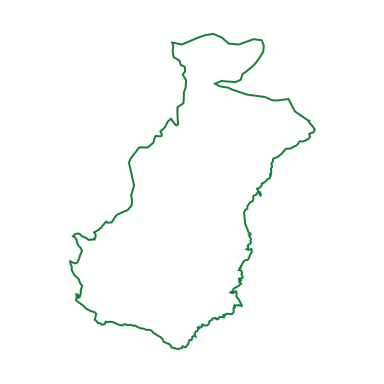 the district of Agios Ioannis Pafou, Paphos, Cyprus, rotated 353°
{"feature_id": "46923920B69551909873956", "entity_name": "Agios Ioannis Pafou", "entity_type": "district", "adm_level": 2, "iso_a3": "CYP", "parent_name": "Cyprus", "parent_adm1": "Paphos", "projection": "robinson", "projection_center": [32.691, 34.877], "detail": "fine", "context": "isolated", "style": "outline", "palette": "green", "viewbox_px": 384, "rotation_deg": 353, "n_neighbors": 0, "source": "geoboundaries", "source_scale": "gbopen_adm2", "svg_char_len": 5303}
<svg xmlns="http://www.w3.org/2000/svg" viewBox="0 0 384 384"><g transform="rotate(353 192 192)"><path d="M180.1,116.7L176.5,119.2L174.4,122.5L173.0,124.5L168.0,128.2L169.0,130.7L168.8,132.5L167.8,132.9L165.8,132.6L162.9,131.9L161.6,133.5L159.7,138.3L153.7,142.3L152.3,142.4L148.5,141.7L145.7,141.3L144.7,141.7L142.1,144.3L135.2,151.3L133.0,155.0L134.4,169.3L135.3,178.6L134.0,181.5L131.0,188.3L131.3,189.0L131.4,189.8L131.3,193.1L131.3,194.0L130.8,196.5L130.1,198.4L128.4,199.7L126.8,201.5L125.4,202.3L122.4,203.1L119.4,204.0L115.5,205.2L114.1,205.9L112.1,208.0L110.1,210.6L108.4,212.4L106.5,212.3L104.0,212.1L103.3,211.4L103.3,211.1L101.9,211.8L101.1,212.8L98.6,215.0L97.6,216.5L95.2,217.5L95.0,218.1L90.0,220.1L91.1,222.6L90.8,225.2L89.4,226.1L89.6,227.2L84.8,226.9L83.5,227.0L81.1,224.5L77.9,222.7L77.3,222.3L75.2,219.8L73.7,219.3L70.8,219.6L68.5,221.4L70.4,222.8L71.0,224.7L71.8,225.6L71.5,227.2L72.0,228.0L71.9,229.3L73.0,231.9L74.3,233.2L75.7,236.5L74.3,239.3L72.8,241.9L72.3,243.5L69.6,248.1L66.9,248.5L62.6,246.0L62.6,249.1L63.6,251.0L63.1,254.7L65.0,259.9L68.9,264.6L70.0,269.3L71.5,271.7L69.6,276.1L69.2,279.2L67.6,282.9L66.5,283.0L66.9,281.7L66.2,279.8L65.0,279.6L64.7,279.5L64.8,282.0L64.2,283.9L63.6,285.2L67.1,288.6L70.5,291.8L72.5,294.8L76.8,297.7L80.8,299.5L82.1,301.3L79.9,307.1L80.6,307.7L81.7,308.7L82.6,310.6L84.8,311.0L86.6,312.8L89.1,312.5L90.6,310.2L92.6,310.9L95.1,310.7L97.7,311.6L99.8,312.8L103.2,314.9L106.5,316.0L109.3,314.9L111.7,316.3L115.3,316.5L117.8,317.7L119.4,317.6L121.4,319.3L124.3,321.0L127.1,321.7L129.8,323.2L132.9,323.6L134.8,324.5L136.4,327.1L138.3,328.3L140.6,330.5L142.0,331.5L143.0,332.0L143.7,333.1L144.7,334.1L145.5,337.1L151.2,340.4L152.6,342.6L152.6,343.7L159.1,346.3L161.8,345.7L162.8,345.7L163.5,344.1L164.6,344.3L165.5,345.0L166.7,345.4L167.3,344.9L167.9,343.9L168.5,343.4L169.5,342.9L171.2,338.9L172.1,338.6L173.4,339.1L174.7,336.0L174.7,335.7L176.5,335.1L177.2,335.1L177.8,335.6L177.6,334.5L177.4,333.0L177.8,332.1L179.1,330.8L180.0,330.8L181.8,328.6L181.2,327.3L182.2,326.7L182.7,328.0L185.5,326.7L185.3,325.4L186.5,324.8L188.5,326.1L191.0,326.2L192.9,324.6L193.3,322.6L195.8,321.5L195.7,321.3L197.0,320.1L197.9,320.2L200.0,319.8L200.8,320.5L200.6,320.9L201.6,321.6L203.1,320.8L203.7,319.6L204.0,319.6L205.5,319.4L206.4,319.7L206.9,320.2L208.2,320.3L208.6,320.1L208.8,319.4L208.1,317.9L209.0,317.8L209.6,318.5L210.9,317.4L211.2,317.2L211.8,317.0L213.7,317.5L215.2,317.9L217.0,317.9L218.3,316.8L218.9,315.6L219.0,314.1L218.8,313.0L219.4,312.7L219.9,312.4L220.6,311.6L220.7,311.0L219.7,310.7L220.4,309.5L221.5,310.0L222.5,310.1L223.3,310.0L224.4,310.3L224.6,310.0L227.4,311.2L227.5,310.1L226.0,306.3L225.8,305.5L225.0,303.8L223.4,301.5L223.9,298.1L223.9,297.2L223.3,295.8L220.8,297.2L219.0,297.0L218.0,296.3L220.2,295.5L221.6,293.0L226.2,291.0L229.6,289.2L229.4,288.5L229.0,288.3L228.8,287.8L228.0,287.5L228.1,286.2L228.8,286.2L229.6,285.7L228.3,285.0L228.0,284.6L228.0,283.8L228.4,283.5L229.7,283.9L231.5,283.6L232.0,282.3L231.5,281.2L231.0,279.8L231.9,278.5L231.2,276.1L230.3,275.5L228.9,275.2L230.0,273.5L231.3,273.2L231.3,271.4L232.6,270.5L234.2,267.8L236.3,266.2L238.3,266.3L239.9,265.5L240.9,263.9L241.7,261.8L244.2,258.5L244.1,255.9L241.1,256.2L239.2,255.5L239.7,255.2L240.6,254.7L241.1,253.5L240.8,251.9L242.1,251.0L243.7,250.3L244.4,249.3L244.2,248.1L244.1,247.6L244.8,245.6L243.1,241.8L245.0,241.3L245.2,241.0L245.0,240.7L243.2,238.8L242.8,237.7L242.7,236.6L241.8,233.5L240.8,229.1L241.0,227.7L241.1,226.8L240.9,223.5L241.3,222.0L241.1,220.0L241.3,218.4L241.6,218.1L242.7,216.2L244.8,215.3L245.2,213.6L245.2,212.8L248.9,209.0L250.0,208.9L250.9,208.4L251.7,207.5L252.1,206.8L252.0,204.8L252.1,204.3L252.4,203.8L252.8,203.4L253.7,202.7L255.3,202.5L257.3,200.4L257.8,200.1L258.3,200.4L258.7,201.0L259.0,202.3L259.2,203.5L259.4,203.9L259.9,203.8L259.9,203.0L259.8,202.1L259.5,200.7L258.8,200.1L258.5,199.5L257.6,199.0L257.5,198.0L257.1,197.5L257.0,196.6L259.4,196.2L261.4,194.6L262.3,193.2L262.2,192.3L262.6,192.0L265.1,191.3L268.1,189.0L268.3,188.5L268.9,188.4L270.4,188.2L271.0,187.4L271.6,184.5L272.2,185.0L272.6,183.8L273.3,180.7L273.0,178.7L274.7,176.6L274.2,174.0L276.1,171.0L276.7,168.8L281.5,167.5L282.2,167.1L286.0,164.8L290.3,160.5L294.5,160.9L301.6,158.4L303.5,156.6L305.0,154.8L308.6,155.4L313.6,153.7L315.9,151.8L315.6,150.0L315.3,148.8L317.9,147.8L319.7,147.8L320.9,145.9L321.4,145.3L320.2,142.3L317.0,137.4L316.4,136.2L316.8,135.7L316.6,135.7L304.0,124.6L303.6,123.6L303.5,123.3L299.1,111.5L287.8,111.5L282.7,110.7L277.1,107.2L275.5,106.5L268.9,104.7L268.1,104.5L259.1,102.2L253.2,99.5L245.0,95.6L244.8,95.5L240.6,92.8L236.6,91.7L232.5,90.5L229.7,88.5L228.1,87.3L234.8,85.4L238.5,86.2L240.1,86.5L248.5,88.2L253.8,86.7L254.1,86.5L256.4,81.2L260.7,78.9L268.2,74.1L268.8,73.6L271.4,71.3L277.1,64.9L279.9,61.3L281.1,55.7L279.7,49.9L271.8,47.8L256.4,51.3L246.5,49.2L240.5,42.4L232.5,37.7L223.5,38.0L214.0,40.3L200.0,44.4L190.5,41.3L191.2,44.7L189.9,50.2L190.3,56.0L195.2,59.8L195.5,60.2L195.7,60.5L196.3,64.5L199.9,66.7L200.1,66.9L199.9,71.3L199.8,71.5L197.2,74.1L197.4,75.1L199.8,80.4L198.2,88.2L197.9,88.8L196.2,91.7L195.4,97.1L194.7,100.9L194.0,103.1L188.4,105.8L188.4,106.0L188.0,106.1L187.2,110.7L186.8,116.6L186.4,123.2L184.7,123.9L184.1,123.6L182.2,120.8L180.1,116.7Z" fill="none" stroke="#15803d" stroke-width="2"/></g></svg>